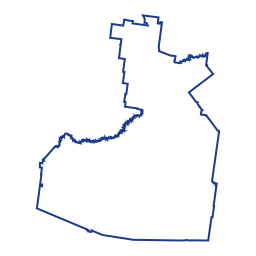 Hay, New South Wales, Australia
{"feature_id": "25037944B78300731498703", "entity_name": "Hay", "entity_type": "district", "adm_level": 2, "iso_a3": "AUS", "parent_name": "Australia", "parent_adm1": "New South Wales", "projection": "mercator", "projection_center": [144.56, -34.157], "detail": "fine", "context": "isolated", "style": "outline", "palette": "blue", "viewbox_px": 256, "rotation_deg": 0, "n_neighbors": 0, "source": "geoboundaries", "source_scale": "gbopen_adm2", "svg_char_len": 5827}
<svg xmlns="http://www.w3.org/2000/svg" viewBox="0 0 256 256"><path d="M42.8,160.0L42.4,163.2L40.0,162.9L39.9,167.4L41.9,167.7L41.0,174.8L41.4,174.9L40.1,184.2L42.2,184.5L42.0,186.3L39.9,186.0L36.9,208.4L86.7,229.3L87.0,228.4L86.8,229.9L88.3,230.1L88.1,231.4L91.3,231.9L91.5,230.4L102.5,235.0L133.3,239.8L181.5,240.5L185.8,240.3L186.2,240.0L190.9,240.6L191.3,240.3L208.2,240.5L211.5,217.1L212.5,217.3L214.1,206.0L213.6,205.9L216.6,184.3L216.1,184.6L215.8,183.8L215.4,184.3L215.3,183.3L214.8,183.0L213.4,183.2L213.3,182.0L212.0,181.4L219.1,131.3L218.9,130.8L217.7,130.7L206.6,115.8L206.0,115.8L206.1,115.2L200.9,114.5L201.5,110.3L202.3,110.2L200.1,107.2L199.4,107.1L199.5,106.5L197.5,103.7L197.7,102.2L196.1,102.0L188.9,92.4L213.1,74.0L207.0,66.3L207.1,65.3L206.1,65.2L207.7,53.0L207.3,53.0L207.2,53.5L206.2,53.4L206.2,54.1L205.4,54.5L205.2,55.5L205.6,55.6L204.9,56.0L205.0,56.4L204.4,56.6L204.1,56.0L203.4,55.7L203.1,56.1L202.8,55.2L202.6,55.7L201.9,55.5L201.6,56.2L200.2,55.4L200.3,56.0L199.0,56.3L199.1,56.8L198.0,57.5L197.6,57.3L197.8,56.6L197.1,56.6L197.1,57.1L196.7,56.7L196.5,57.1L195.9,56.9L194.7,57.6L193.7,57.2L193.7,57.7L193.1,57.7L193.1,57.3L192.3,57.1L192.6,56.8L191.3,56.2L191.5,55.5L190.2,55.2L190.1,55.6L189.8,55.4L190.1,55.8L189.6,55.7L190.3,56.6L189.8,56.7L189.8,57.5L189.4,57.5L189.8,57.8L189.3,58.4L189.6,58.7L189.1,58.7L189.5,59.3L188.7,59.2L188.5,58.8L188.4,59.5L188.0,59.3L188.4,59.7L187.9,59.5L188.1,59.9L187.6,59.7L187.6,60.0L187.2,59.2L187.2,60.0L184.9,59.7L185.0,60.3L184.6,60.2L184.6,60.6L184.2,60.1L184.4,59.9L183.7,60.0L183.9,60.4L183.1,60.7L183.0,61.4L182.1,61.5L182.0,62.1L181.8,61.4L180.3,61.5L180.4,62.0L180.1,62.3L180.5,62.8L179.6,62.8L179.6,63.1L174.6,62.3L174.2,60.8L174.9,60.2L175.5,56.2L170.4,55.5L159.0,51.1L159.3,49.1L158.7,46.8L162.0,22.3L160.3,22.1L160.0,23.7L157.7,23.4L158.5,17.4L142.9,15.4L144.8,19.0L144.4,22.7L146.7,23.1L147.7,25.5L132.5,23.4L133.0,21.1L127.1,20.3L124.3,19.5L123.2,25.6L111.9,24.0L110.2,37.8L121.4,39.2L120.8,44.0L120.1,44.5L120.6,45.2L119.0,58.2L124.8,59.0L123.1,71.8L124.4,71.9L122.9,83.1L127.7,83.8L126.3,94.0L125.4,93.8L124.2,102.0L125.6,102.2L125.0,106.7L137.4,108.4L137.4,108.9L142.4,109.9L142.5,111.3L141.7,111.4L142.1,111.8L141.9,112.6L142.4,112.7L142.4,113.4L141.9,113.3L141.6,114.5L141.2,113.9L141.1,114.8L140.6,114.5L141.0,114.9L140.5,115.6L140.8,115.9L140.1,115.6L139.8,116.0L139.8,115.3L138.8,115.8L138.1,115.3L137.7,115.6L137.8,115.1L137.5,115.0L136.1,115.5L136.2,116.0L135.3,115.8L135.4,116.2L134.9,116.1L134.7,116.5L134.5,116.2L134.5,116.7L134.1,116.5L133.9,117.0L134.1,117.5L133.6,117.4L133.9,117.9L133.4,117.9L133.2,118.6L132.6,118.3L132.4,118.7L131.9,118.6L132.0,119.2L131.6,119.2L131.9,119.7L131.4,119.7L131.8,120.4L131.3,120.3L131.2,121.2L130.9,120.8L130.6,121.4L129.8,121.0L129.5,121.4L129.4,120.9L129.2,121.5L128.6,121.3L129.0,122.0L128.3,122.7L128.8,122.9L128.1,122.9L128.3,123.3L127.7,123.1L127.4,123.6L127.1,123.2L127.2,124.0L126.5,123.3L126.2,123.5L126.3,123.1L125.9,123.4L125.5,123.0L125.2,123.8L124.7,123.8L125.0,125.2L124.5,124.9L124.5,125.4L124.0,125.4L124.4,125.8L124.0,126.2L124.5,126.6L123.8,127.0L123.8,127.7L123.4,127.7L123.8,128.0L123.5,128.5L124.3,128.5L123.8,129.0L124.0,129.6L123.5,129.8L124.0,130.1L123.3,130.1L123.6,130.6L122.6,130.4L122.9,131.0L122.4,130.8L122.0,131.8L121.6,131.4L121.6,132.0L121.2,131.6L121.3,132.3L120.7,131.8L120.5,132.1L120.5,131.7L120.3,132.2L119.9,131.9L119.8,132.5L119.4,132.6L119.8,133.1L118.9,133.5L119.0,134.6L118.3,135.1L118.1,134.7L117.7,135.9L117.3,135.8L117.6,136.1L117.1,136.1L117.4,136.3L117.0,136.6L116.5,136.4L116.2,136.8L115.6,136.7L115.7,136.3L115.3,136.8L115.1,136.5L115.0,137.0L114.5,137.0L114.5,137.4L114.0,137.2L113.8,137.7L114.1,137.8L113.4,137.7L113.2,138.2L111.6,137.4L111.8,137.9L111.4,138.2L111.7,138.3L111.3,138.5L110.9,138.4L110.9,137.7L110.4,138.1L109.8,137.4L109.4,137.7L108.9,137.5L108.8,137.9L108.4,137.4L108.0,137.9L108.3,138.2L107.7,138.8L107.2,138.6L107.2,139.1L106.8,138.5L106.4,139.0L106.4,138.4L105.8,138.5L105.7,138.0L105.3,138.1L105.4,137.6L105.1,138.2L104.9,137.7L104.8,138.3L104.1,138.5L103.9,137.9L102.6,137.5L102.2,137.8L102.2,138.4L101.8,138.3L102.2,139.1L100.3,139.3L100.7,139.7L100.2,140.2L100.9,140.2L100.3,140.8L99.5,140.1L99.0,140.4L99.3,140.9L98.4,141.3L98.0,140.6L97.1,141.0L97.1,140.5L97.0,141.1L96.7,141.0L97.1,141.4L96.4,141.6L96.1,141.2L96.1,141.5L95.6,141.3L95.1,141.7L95.2,141.3L94.8,141.5L94.0,140.6L93.8,141.1L93.2,141.0L93.4,141.7L92.7,142.0L92.4,141.2L91.6,140.8L90.8,140.8L90.7,141.6L90.2,141.6L90.3,141.9L89.8,141.7L89.3,139.8L88.9,140.3L87.8,139.7L88.1,140.2L87.7,140.6L88.1,141.2L87.3,141.0L86.9,141.5L86.3,140.6L86.7,140.3L86.5,140.1L85.5,140.2L85.7,140.6L84.9,140.6L84.9,140.0L83.5,139.5L83.2,140.1L82.2,139.9L82.1,140.7L82.6,141.2L81.9,141.2L81.5,141.3L81.6,141.7L80.9,141.7L80.8,142.1L80.5,142.0L80.6,142.8L80.1,142.4L79.9,142.8L79.6,142.4L79.6,142.8L78.6,143.0L77.4,142.3L76.7,142.4L76.4,141.8L76.1,142.1L75.5,141.4L75.1,141.6L75.0,140.8L74.5,140.9L74.4,140.0L74.0,140.2L74.2,139.8L73.4,139.2L73.2,139.7L72.7,139.4L73.1,138.8L72.8,138.3L72.4,138.2L72.3,138.7L72.0,138.0L71.1,138.1L71.2,137.4L71.6,137.4L71.3,137.0L71.6,136.1L70.8,135.9L70.9,135.5L70.2,135.4L70.1,135.9L69.6,135.1L68.8,135.3L68.0,134.7L68.1,134.0L66.4,133.6L66.0,132.8L66.0,133.2L65.0,133.9L64.2,135.4L64.5,135.6L64.0,136.3L64.0,136.9L63.7,136.6L63.0,137.1L63.0,136.5L62.5,136.7L62.5,136.3L61.9,136.6L62.1,136.9L61.3,136.8L61.3,137.2L60.8,137.2L60.8,137.8L60.1,137.9L60.6,138.6L60.0,139.2L60.4,139.4L60.2,139.8L60.5,139.7L59.9,140.4L60.6,140.7L59.8,141.3L60.1,142.1L59.3,142.3L59.6,144.6L59.3,145.3L58.7,145.7L58.9,146.0L58.5,146.1L58.7,146.4L58.2,146.8L58.0,146.4L57.7,146.9L57.4,146.3L56.6,146.6L56.5,146.2L55.8,146.7L55.6,146.2L55.1,146.4L44.4,158.6L43.7,158.7L43.8,159.4L43.3,159.8L43.6,160.3L42.8,160.0Z" fill="none" stroke="#1e3a8a" stroke-width="2"/></svg>